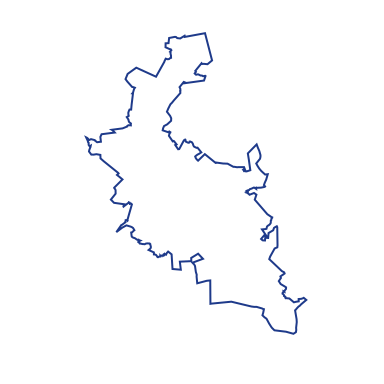 the district of Comitán de Domínguez, Chiapas, Mexico, rotated 171°
{"feature_id": "50627088B76182298000457", "entity_name": "Comitán de Domínguez", "entity_type": "district", "adm_level": 2, "iso_a3": "MEX", "parent_name": "Mexico", "parent_adm1": "Chiapas", "projection": "mercator", "projection_center": [-92.173, 16.291], "detail": "fine", "context": "isolated", "style": "outline", "palette": "blue", "viewbox_px": 384, "rotation_deg": 171, "n_neighbors": 0, "source": "geoboundaries", "source_scale": "gbopen_adm2", "svg_char_len": 6013}
<svg xmlns="http://www.w3.org/2000/svg" viewBox="0 0 384 384"><g transform="rotate(171 192 192)"><path d="M288.0,262.5L287.0,259.0L286.8,257.3L286.4,256.9L286.7,254.7L286.0,253.2L285.7,253.2L284.8,253.6L285.3,252.2L285.5,252.1L285.7,251.6L286.9,249.5L287.4,248.1L285.6,244.7L283.4,244.3L280.5,244.3L276.7,243.0L277.1,239.5L274.3,236.1L261.9,222.4L261.6,221.8L263.4,220.6L258.7,215.3L268.2,208.4L268.2,208.1L267.4,206.6L267.2,205.8L267.7,202.3L273.3,197.2L270.7,193.5L260.2,190.3L262.0,188.7L261.9,188.3L256.8,191.1L255.7,191.1L255.7,191.5L255.2,191.2L255.2,190.0L254.0,190.1L253.3,189.2L258.3,178.5L260.3,174.1L260.1,173.8L260.2,173.7L260.7,174.6L261.2,174.3L261.9,174.5L262.0,174.0L262.5,173.3L262.4,172.6L266.4,170.5L267.0,170.4L273.0,164.2L266.5,167.7L262.0,169.3L258.0,167.4L256.9,166.7L255.8,165.6L254.9,163.3L255.3,163.1L257.4,161.6L258.4,161.5L258.5,158.6L258.5,157.4L258.1,156.9L257.1,156.0L256.5,155.8L255.5,155.2L253.9,153.6L253.3,153.3L252.2,153.3L251.8,152.7L250.7,152.1L252.6,151.5L252.5,151.1L252.7,150.9L251.9,150.3L251.9,149.6L251.6,149.2L250.9,149.1L249.0,148.3L247.9,148.1L246.9,147.8L245.4,148.3L244.5,148.2L243.8,148.2L243.2,148.0L242.3,147.9L241.7,147.6L241.4,147.1L241.6,146.8L241.4,146.4L241.2,144.7L241.4,143.4L242.1,142.6L243.9,141.5L239.1,138.3L239.4,136.3L238.2,136.0L237.4,135.5L236.8,134.5L236.3,133.2L236.1,133.0L235.6,132.9L235.0,133.2L234.2,133.3L233.4,133.2L233.3,133.8L233.2,133.6L232.7,133.7L232.8,134.0L232.5,134.1L232.3,134.0L230.3,133.7L230.3,133.9L230.0,134.2L230.0,134.7L229.9,134.8L229.7,134.7L229.2,135.0L229.2,134.4L228.8,134.4L229.1,134.0L228.5,134.2L228.3,133.7L228.3,133.8L228.4,134.3L227.9,134.5L227.9,134.8L227.6,134.8L227.3,134.4L226.5,135.6L224.9,136.9L221.9,133.6L223.3,119.0L215.2,117.0L214.9,125.1L203.5,123.8L203.1,127.0L195.6,130.1L191.6,124.3L202.6,122.1L202.1,121.3L201.2,120.2L200.6,118.4L200.7,112.4L200.3,109.6L200.7,107.7L201.1,101.0L191.3,102.0L187.8,101.8L191.3,78.7L190.0,78.7L170.3,77.5L151.2,69.6L148.5,68.8L146.1,68.4L141.0,66.0L140.2,65.4L139.3,65.0L140.6,61.5L141.7,59.2L139.9,56.8L139.0,56.0L138.2,55.1L136.4,50.0L134.8,46.3L134.2,45.2L132.2,42.5L121.0,39.3L114.0,36.1L111.3,37.3L110.6,39.4L110.4,41.6L108.9,47.1L108.6,50.0L108.7,59.0L108.2,59.3L106.6,60.7L104.7,62.2L103.5,62.7L101.8,64.0L96.0,67.5L98.2,70.0L99.0,69.7L100.8,69.4L103.4,69.6L103.7,67.3L106.6,67.3L108.6,67.1L112.5,71.6L115.5,72.4L115.8,72.6L116.1,72.5L116.4,73.0L116.1,73.7L116.2,74.0L117.4,74.9L117.2,75.5L117.4,76.0L117.7,76.7L118.5,77.4L118.3,78.2L117.3,79.0L117.2,79.7L116.3,79.0L116.3,79.8L114.3,81.6L114.0,83.1L115.2,84.2L118.8,87.2L120.2,90.4L117.6,93.2L117.9,94.8L113.3,97.0L113.5,98.2L115.6,99.8L126.2,113.6L124.9,116.0L119.2,123.3L116.4,124.0L115.9,125.8L113.3,143.9L113.6,144.9L115.6,144.2L116.6,143.7L117.8,141.5L122.8,139.5L124.0,134.7L126.8,135.4L127.5,132.7L129.5,133.1L129.9,133.3L131.1,134.8L127.6,137.8L126.3,136.3L125.9,136.1L125.4,136.2L125.3,136.5L125.3,136.8L128.7,144.1L125.1,143.9L124.2,144.0L123.4,146.0L122.5,146.8L121.8,147.0L120.3,147.8L119.5,148.6L119.1,149.1L118.9,149.9L118.6,151.5L118.2,151.7L117.7,153.1L117.6,153.4L116.8,154.0L116.7,154.4L117.6,154.9L117.8,155.2L121.1,158.3L131.2,174.6L128.8,179.3L130.9,181.3L135.6,180.3L136.3,181.3L138.1,182.9L136.9,182.9L136.8,183.3L137.4,183.7L138.3,183.4L138.2,184.5L136.8,184.9L135.3,185.0L134.3,185.8L132.7,186.0L130.3,186.7L130.0,186.7L128.2,185.1L128.2,185.4L128.0,185.9L128.2,186.2L127.7,186.3L127.5,186.0L123.0,185.5L121.1,185.6L120.7,185.6L119.7,185.7L119.0,185.9L118.9,186.0L119.9,187.5L118.6,189.9L116.8,192.6L114.4,197.7L117.0,197.8L119.1,200.4L120.4,202.1L121.9,204.6L123.1,207.3L124.1,210.1L119.6,214.2L118.9,216.0L118.6,217.7L119.1,222.0L120.0,225.4L120.7,228.9L130.8,221.4L130.8,214.9L131.0,204.4L134.8,203.8L135.7,204.0L135.6,204.4L135.9,204.9L136.7,204.6L136.9,205.0L137.2,204.9L137.1,205.5L137.2,205.9L137.4,206.0L137.9,205.9L138.0,206.0L137.4,206.4L136.3,206.4L136.7,208.4L142.2,209.3L143.6,209.4L146.3,210.3L147.2,210.4L152.4,214.4L156.9,215.3L164.1,217.5L163.7,217.0L164.1,217.0L173.4,227.4L181.1,222.0L182.2,223.4L183.0,225.0L183.3,226.6L182.2,227.3L180.7,228.1L179.7,228.4L179.3,228.5L176.6,229.7L179.6,234.9L180.6,234.9L182.6,236.3L183.0,236.7L183.4,237.9L183.6,239.5L184.3,241.1L186.0,242.2L186.4,242.2L186.5,241.8L187.1,241.2L187.9,241.2L188.6,241.6L190.2,242.7L190.3,243.2L190.3,244.5L190.4,244.8L190.7,244.8L191.0,244.1L191.9,244.3L197.9,236.4L199.0,236.4L201.2,241.0L199.8,241.4L201.8,245.0L202.1,245.3L203.1,245.0L206.0,251.1L205.1,253.2L204.6,254.0L204.2,254.0L204.0,254.4L205.0,255.3L205.8,254.6L211.3,257.5L210.6,259.4L209.3,261.5L205.9,262.7L201.5,265.6L201.0,268.1L201.7,270.6L204.2,275.2L202.4,278.1L199.6,282.0L197.8,283.3L195.6,285.3L188.0,291.6L187.9,293.7L187.6,293.8L187.4,295.8L187.9,297.5L182.9,302.0L181.9,301.4L182.3,301.1L181.8,300.8L182.1,300.6L162.7,300.2L160.5,304.4L160.8,304.7L162.9,304.6L164.0,305.5L165.3,305.7L167.4,307.2L168.3,307.3L169.5,307.2L169.8,307.3L170.8,308.7L169.3,310.1L169.8,311.1L162.4,317.7L162.0,316.9L160.2,316.7L156.7,315.8L151.6,318.8L154.3,346.8L174.8,346.3L174.7,346.9L174.8,347.5L179.6,345.5L182.5,346.3L183.6,347.6L184.6,347.9L190.5,347.7L191.9,342.7L194.8,343.0L195.5,339.1L192.0,336.8L190.6,336.2L190.2,335.3L191.8,333.9L191.3,333.4L191.6,331.7L191.4,330.3L191.7,327.8L192.6,327.7L193.9,326.9L194.6,326.9L195.5,327.0L197.1,327.8L198.8,325.4L198.9,325.0L209.5,311.5L227.6,323.5L237.1,318.7L240.0,313.9L238.6,311.2L234.7,305.1L233.5,304.7L232.1,303.9L233.1,302.8L234.7,299.4L235.5,298.7L234.9,298.5L237.9,288.0L239.2,282.9L240.8,283.2L241.7,281.9L242.5,280.3L242.7,278.9L242.6,277.1L244.7,276.2L243.5,273.6L243.4,272.0L243.2,271.1L242.6,270.2L241.8,269.5L241.6,269.1L242.0,267.9L242.0,267.4L244.4,267.9L245.5,267.4L245.9,267.1L245.9,266.8L250.6,265.7L261.5,266.0L260.8,265.4L259.0,262.8L272.3,263.2L273.9,260.7L274.1,255.9L277.9,256.0L278.4,256.4L279.0,257.2L279.6,257.7L279.6,258.0L280.0,258.5L283.5,260.0L284.7,259.6L285.6,259.4L286.5,261.1L287.3,262.0L288.0,262.5Z" fill="none" stroke="#1e3a8a" stroke-width="2"/></g></svg>